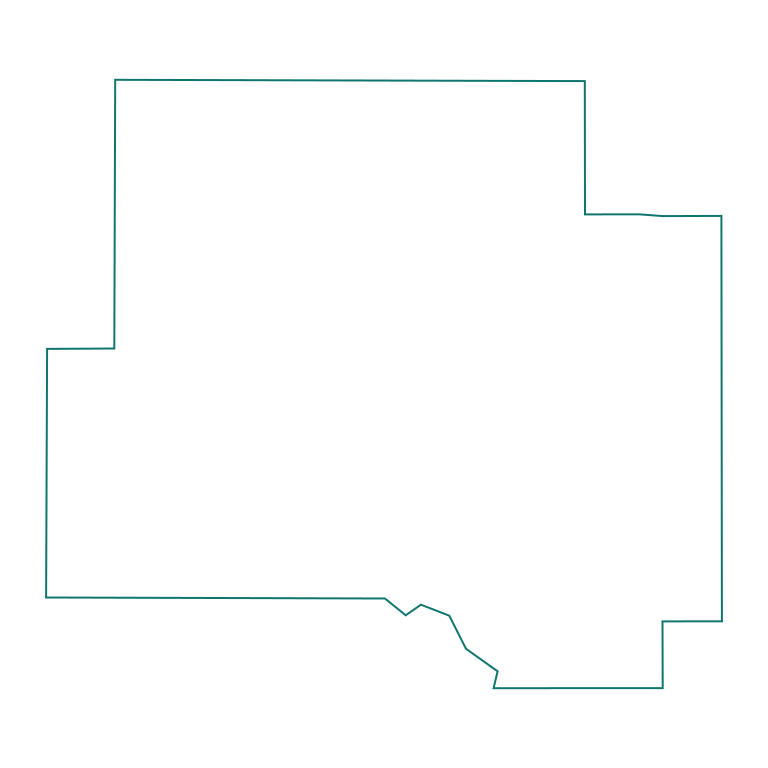 Johnston, Oklahoma, United States of America
{"feature_id": "52423323B47407228750846", "entity_name": "Johnston", "entity_type": "district", "adm_level": 2, "iso_a3": "USA", "parent_name": "United States of America", "parent_adm1": "Oklahoma", "projection": "albers", "projection_center": [-96.639, 34.31], "detail": "fine", "context": "isolated", "style": "outline", "palette": "teal", "viewbox_px": 768, "rotation_deg": 0, "n_neighbors": 0, "source": "geoboundaries", "source_scale": "gbopen_adm2", "svg_char_len": 373}
<svg xmlns="http://www.w3.org/2000/svg" viewBox="0 0 768 768"><path d="M47.1,348.9L46.1,597.5L384.9,598.5L405.7,615.3L420.9,604.7L449.3,615.7L466.0,648.8L497.6,671.3L493.6,688.2L662.7,688.1L662.5,621.4L721.9,621.3L721.4,215.9L662.8,216.1L638.9,214.3L585.0,214.4L584.8,81.1L183.7,80.0L115.2,79.8L114.3,348.5L47.1,348.9Z" fill="none" stroke="#0f766e" stroke-width="2"/></svg>